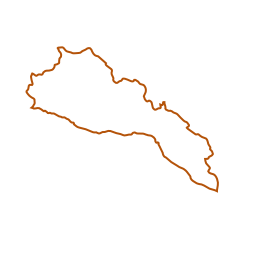 the Department of Cajamarca, rotated 128°
{"feature_id": "PER-578", "entity_name": "Cajamarca", "entity_type": "Department", "adm_level": 1, "iso_a3": "PER", "parent_name": "Peru", "parent_adm1": "", "projection": "equal_earth", "projection_center": [-78.825, -6.177], "detail": "fine", "context": "isolated", "style": "outline", "palette": "amber", "viewbox_px": 256, "rotation_deg": 128, "n_neighbors": 0, "source": "natural_earth", "source_scale": "10m", "svg_char_len": 5135}
<svg xmlns="http://www.w3.org/2000/svg" viewBox="0 0 256 256"><g transform="rotate(128 128 128)"><path d="M104.9,48.2L106.4,46.6L107.7,44.7L108.0,43.3L108.6,39.9L109.1,38.8L110.2,38.5L111.5,38.4L112.7,38.1L113.2,36.7L113.0,35.1L111.8,32.0L111.8,30.1L112.4,28.2L113.3,26.5L115.6,23.6L117.8,22.0L122.4,19.5L123.0,19.0L123.6,21.4L125.6,26.4L126.5,32.6L127.2,35.3L128.4,37.5L129.1,39.3L129.3,40.2L129.7,43.9L129.7,45.0L129.6,46.1L129.2,47.3L128.8,48.0L127.9,48.9L127.6,49.5L126.3,54.5L126.0,56.3L126.0,57.5L126.0,58.7L126.2,59.9L127.2,63.5L127.4,65.8L128.2,72.9L127.9,79.0L127.9,80.2L128.0,80.7L128.2,81.4L128.1,81.9L128.0,82.5L127.5,83.7L126.6,85.0L126.3,85.2L126.1,85.6L123.5,90.9L123.4,91.0L122.3,93.5L122.1,93.9L121.9,94.1L121.2,94.4L121.0,94.7L120.9,95.0L121.0,95.5L121.1,95.8L121.8,96.2L122.0,96.4L122.1,96.8L122.1,97.2L121.5,98.4L121.3,98.6L121.2,98.7L120.7,99.0L120.3,99.5L120.1,99.8L120.0,100.3L119.6,101.6L119.6,102.5L119.7,104.5L120.1,105.6L121.1,107.3L121.4,107.8L121.7,108.8L122.0,109.4L122.8,111.9L123.2,112.7L126.6,117.3L126.9,117.9L127.0,118.3L127.2,119.4L127.3,119.7L127.5,120.1L127.9,120.4L128.6,121.0L129.3,121.2L129.8,121.2L130.4,121.2L130.7,121.2L131.4,121.6L132.5,123.1L134.8,125.0L136.1,126.3L136.6,127.5L137.4,130.2L139.2,134.0L141.2,140.0L142.5,141.8L145.4,143.8L146.9,145.6L149.4,146.8L150.1,147.4L150.4,148.0L150.9,149.8L150.9,150.2L152.3,151.9L152.9,153.1L155.0,160.5L157.7,166.7L158.2,168.1L158.4,169.4L158.4,172.5L158.3,173.0L157.9,173.2L157.6,173.5L157.4,174.2L157.5,174.5L158.2,175.5L158.4,176.0L158.4,177.3L158.1,178.8L157.9,180.2L158.5,182.1L158.6,183.8L158.7,184.5L159.4,185.4L160.2,186.4L160.4,187.7L161.3,189.6L162.0,194.3L162.2,195.3L162.7,196.0L163.2,196.6L163.7,197.3L163.9,198.3L164.1,198.9L164.4,199.2L164.8,199.4L165.2,199.8L165.6,200.5L165.5,201.0L165.4,201.5L165.4,203.3L165.4,203.7L165.7,204.2L166.0,204.5L166.4,204.5L166.6,204.7L166.7,205.4L166.7,207.7L167.1,210.3L168.1,211.7L169.4,212.8L170.6,214.1L170.9,215.2L171.4,216.5L170.0,216.2L169.4,216.2L167.7,216.5L167.2,216.5L166.5,216.6L165.8,216.9L163.1,219.3L162.9,220.1L162.9,220.8L163.2,222.3L163.3,223.8L163.3,225.5L162.9,227.7L162.3,229.8L161.9,230.3L161.4,230.6L159.4,230.5L158.7,230.6L155.9,232.1L155.3,232.2L154.6,232.0L154.1,231.5L153.4,230.5L153.1,230.1L152.5,230.1L151.8,230.5L149.5,233.6L147.5,235.8L146.8,236.3L145.4,236.5L144.9,236.9L144.0,237.0L143.7,236.0L143.6,233.4L143.5,232.8L143.3,232.4L142.8,232.1L141.8,231.8L140.9,231.4L140.1,230.5L139.7,229.8L139.4,229.1L138.9,228.7L138.4,228.5L136.2,228.9L134.0,228.3L132.9,227.4L131.4,225.6L129.2,223.8L128.5,223.5L127.6,223.3L126.0,223.4L125.1,223.6L124.5,223.9L123.6,224.5L123.2,224.5L122.9,224.3L121.7,223.3L119.7,222.4L119.1,222.4L118.9,222.5L117.6,223.5L115.6,224.7L114.7,224.8L113.4,224.7L113.0,224.8L112.1,225.3L111.2,226.0L110.9,226.4L110.4,227.2L110.2,227.8L110.1,228.2L109.9,229.4L109.8,229.7L109.7,230.0L109.5,230.3L109.3,230.5L109.1,230.7L109.0,231.0L108.3,232.6L108.0,232.6L107.6,232.4L105.0,229.6L104.7,229.0L104.6,227.9L104.8,227.1L105.2,225.3L105.3,224.8L105.3,224.1L105.2,223.3L105.0,222.7L103.5,219.3L103.4,218.8L103.3,218.2L102.9,217.3L102.1,216.2L99.3,213.1L98.1,212.0L96.5,211.5L95.7,211.4L92.4,209.7L90.3,209.0L89.4,208.3L89.0,207.9L88.7,207.3L88.5,206.8L88.9,204.9L89.3,204.3L89.8,203.3L90.4,202.0L90.8,200.7L90.9,199.9L91.0,199.1L90.9,198.2L90.7,197.5L89.9,195.6L90.5,185.2L91.1,185.1L91.4,184.9L91.7,184.5L91.9,184.0L92.0,182.9L91.9,177.4L92.1,176.7L92.5,176.1L93.4,175.5L94.7,174.9L95.8,173.8L97.5,170.5L98.1,169.9L99.0,169.4L99.4,169.0L99.7,168.4L99.9,167.7L99.9,166.8L99.9,166.0L99.8,165.2L99.3,164.6L98.9,164.2L96.4,163.5L94.9,162.4L93.7,162.4L92.5,162.5L91.8,161.9L91.1,160.8L90.2,158.2L89.3,154.7L89.0,153.9L88.5,153.1L87.8,152.6L87.2,152.5L86.7,152.7L86.2,152.7L85.7,152.1L85.5,151.6L85.2,148.5L85.7,146.8L85.8,146.0L85.8,145.3L85.5,144.7L84.8,142.9L84.6,142.3L84.6,141.6L84.8,140.7L85.2,139.7L85.7,138.8L86.5,137.8L87.1,137.3L87.9,136.7L89.1,136.1L93.2,135.1L94.9,132.5L95.4,130.6L95.4,129.8L95.2,129.2L94.5,128.7L93.8,128.5L93.2,127.8L93.1,127.0L93.1,126.2L93.2,125.5L93.5,124.9L96.5,121.2L96.8,120.7L97.0,120.0L97.1,119.3L97.1,118.5L96.9,117.9L96.4,117.4L95.7,117.0L94.5,116.5L93.5,115.9L93.2,115.5L92.9,115.1L92.4,114.8L91.9,114.8L91.3,115.1L90.7,115.9L89.6,117.0L89.4,116.4L89.3,116.1L89.2,115.5L88.9,115.2L88.3,115.0L87.5,115.3L86.9,115.6L86.4,116.0L85.9,116.1L85.2,115.2L86.1,114.5L87.9,112.0L88.5,111.4L89.0,110.9L89.5,110.7L90.1,109.6L89.6,106.9L88.9,105.9L88.3,105.2L88.2,105.1L88.2,104.9L88.0,104.4L87.8,103.7L87.8,101.9L87.6,101.2L87.0,99.2L86.8,98.5L86.8,97.3L87.5,92.8L87.9,89.0L87.9,87.7L87.8,87.3L87.8,86.9L87.4,85.9L87.3,85.2L87.3,84.8L87.4,84.5L87.5,83.9L88.2,81.7L88.5,81.5L88.9,81.3L89.9,81.4L90.4,81.6L90.9,81.8L91.6,81.8L91.8,80.4L91.4,70.9L91.0,70.2L90.6,69.7L90.1,69.4L89.7,68.8L89.6,67.9L89.7,66.2L89.6,65.1L89.5,64.1L88.3,60.2L88.4,59.2L88.8,58.1L90.1,56.2L91.0,55.1L91.5,54.1L92.4,51.5L93.0,50.8L93.6,50.6L94.1,50.4L94.4,49.4L94.6,47.7L95.0,46.9L96.2,45.1L97.5,45.0L98.4,45.2L100.1,46.0L101.0,46.3L101.5,46.3L102.3,46.0L102.8,46.1L103.4,46.4L103.9,47.0L104.9,48.2Z" fill="none" stroke="#b45309" stroke-width="2"/></g></svg>